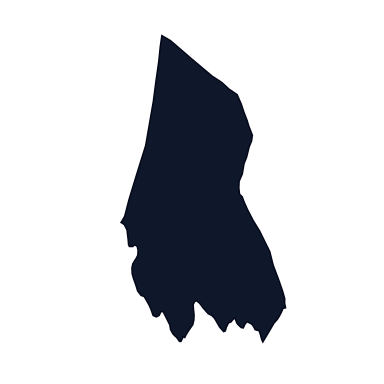 outline of Boden, Norrbotten, Sweden, rotated 81°
{"feature_id": "70781695B99694780009800", "entity_name": "Boden", "entity_type": "district", "adm_level": 2, "iso_a3": "SWE", "parent_name": "Sweden", "parent_adm1": "Norrbotten", "projection": "equal_earth", "projection_center": [21.596, 66.055], "detail": "fine", "context": "isolated", "style": "filled", "palette": "ink", "viewbox_px": 384, "rotation_deg": 81, "n_neighbors": 0, "source": "geoboundaries", "source_scale": "gbopen_adm2", "svg_char_len": 1708}
<svg xmlns="http://www.w3.org/2000/svg" viewBox="0 0 384 384"><g transform="rotate(81 192 192)"><path d="M321.0,117.7L316.4,117.9L311.8,117.1L304.2,118.0L292.5,120.1L276.8,123.3L263.1,124.5L240.9,131.4L230.1,135.9L218.2,139.9L210.4,142.0L204.6,143.2L201.5,145.4L195.1,145.1L193.4,144.7L188.8,143.8L182.1,139.5L172.2,136.2L166.1,132.6L156.2,128.4L151.0,125.2L145.4,123.5L135.8,125.6L129.8,126.4L121.5,128.2L112.9,129.6L102.9,132.2L95.9,139.6L88.5,145.4L80.6,154.1L59.8,172.1L39.2,189.5L32.8,197.3L43.1,200.5L57.5,204.3L77.0,210.3L96.4,216.0L117.5,223.2L138.9,230.5L165.8,243.8L189.6,255.4L205.5,262.3L209.9,265.9L211.0,266.9L213.5,264.0L219.3,262.1L225.6,262.4L228.8,262.5L234.0,262.9L236.0,262.4L236.6,259.1L235.1,256.6L237.3,254.6L241.2,254.4L245.9,255.4L248.7,257.4L251.4,259.8L253.7,261.7L257.6,263.2L263.5,263.9L268.9,263.2L275.8,261.9L281.2,261.2L286.2,258.5L287.7,255.6L296.6,252.2L301.4,250.9L307.9,249.7L309.8,246.8L308.8,243.8L305.3,241.4L305.7,239.2L309.4,238.0L319.9,234.7L324.4,234.7L328.8,233.2L331.1,231.7L333.1,230.0L337.5,227.8L337.9,226.3L335.7,224.8L333.6,223.3L334.6,221.9L332.1,220.2L329.5,218.0L326.7,215.4L323.2,212.0L318.8,210.2L313.9,209.2L308.7,208.9L303.5,208.5L300.8,206.7L300.0,204.6L303.2,201.8L308.3,199.1L314.8,195.0L317.0,191.8L320.2,189.5L329.6,185.9L332.4,184.2L334.9,182.5L334.4,180.8L330.9,179.2L327.0,176.4L326.4,173.8L323.8,170.9L323.4,169.3L328.8,168.1L331.0,166.7L333.6,164.6L334.3,162.6L331.0,160.5L328.7,157.9L331.7,153.8L334.5,152.2L337.8,151.2L338.7,149.4L339.4,147.5L343.1,146.8L348.7,146.2L351.2,145.5L351.1,145.4L343.3,138.9L334.2,131.4L331.2,127.7L328.7,125.5L325.4,123.0L321.2,120.3L321.0,117.7Z" fill="#0f172a" stroke="#020617" stroke-width="1.5"/></g></svg>